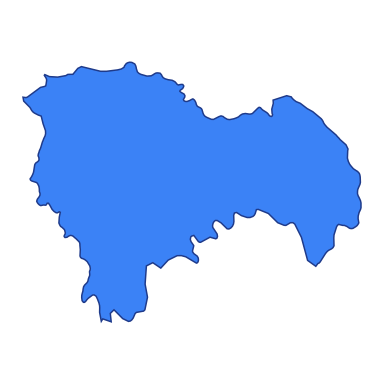 map outline of Guadalajara (Albers equal-area conic projection)
{"feature_id": "ESP-5822", "entity_name": "Guadalajara", "entity_type": "Autonomous Community", "adm_level": 1, "iso_a3": "ESP", "parent_name": "Spain", "parent_adm1": "", "projection": "albers", "projection_center": [-2.665, 40.739], "detail": "fine", "context": "isolated", "style": "filled", "palette": "blue", "viewbox_px": 384, "rotation_deg": 0, "n_neighbors": 0, "source": "natural_earth", "source_scale": "10m", "svg_char_len": 4790}
<svg xmlns="http://www.w3.org/2000/svg" viewBox="0 0 384 384"><path d="M285.9,225.4L284.1,225.3L277.7,222.7L268.4,213.5L258.3,209.4L256.4,209.6L255.2,213.6L254.3,215.2L253.0,216.4L250.1,217.5L247.1,217.5L241.4,215.6L236.6,212.5L234.4,213.0L233.7,215.4L233.9,221.4L233.5,224.0L232.4,226.3L230.8,228.0L228.9,229.0L227.1,228.8L221.0,222.8L217.2,220.5L215.3,220.5L214.1,221.5L213.1,223.2L212.6,225.3L212.7,227.3L217.1,234.0L217.5,236.4L216.9,238.2L215.8,238.8L210.0,237.2L200.6,242.3L199.5,242.2L198.4,241.6L193.8,235.4L191.5,236.2L190.8,236.9L190.3,239.3L191.0,241.6L193.7,245.5L193.6,246.5L192.6,250.4L192.6,251.9L193.9,253.7L197.2,256.1L198.2,257.9L198.4,259.1L198.4,260.6L198.0,261.9L197.3,262.8L196.4,263.1L185.8,256.8L181.3,255.6L177.1,255.7L168.2,260.1L160.8,268.1L152.8,262.7L146.4,265.9L145.1,284.1L147.5,297.2L144.9,309.8L143.6,311.1L136.4,312.4L135.1,313.6L133.2,318.0L131.9,319.8L130.4,321.0L128.5,321.4L122.7,318.6L114.0,309.8L110.3,313.4L111.2,321.8L102.8,318.9L101.3,321.3L99.6,312.3L99.7,307.8L99.6,305.7L99.0,303.1L97.5,299.1L96.1,296.2L94.1,294.9L92.5,295.1L88.1,298.4L86.9,299.7L85.9,301.1L84.6,302.3L83.4,302.3L82.1,300.7L81.7,297.5L81.8,295.2L82.3,293.1L82.9,291.1L83.1,289.1L83.6,286.7L84.6,285.1L87.0,282.7L87.8,281.4L88.1,280.2L88.3,279.1L89.0,277.1L89.5,276.1L89.7,275.1L89.7,274.0L89.5,271.9L89.6,271.1L90.1,270.2L90.3,268.4L89.8,265.9L87.2,261.6L85.2,259.9L83.3,258.8L81.8,258.4L80.6,257.5L80.0,256.0L80.3,249.7L79.9,245.2L79.9,244.4L79.8,243.4L79.3,242.0L75.8,238.5L74.5,237.5L73.3,236.3L71.9,235.6L70.4,235.4L69.3,235.8L68.2,236.4L67.1,237.2L66.2,237.4L65.0,237.5L64.4,236.9L64.1,236.2L64.4,235.2L64.8,234.6L65.1,233.9L65.3,232.9L64.9,231.1L64.4,229.6L62.1,227.4L60.6,226.4L59.7,224.9L58.9,223.0L59.3,217.0L60.3,212.3L59.2,211.8L58.3,212.4L57.1,212.9L55.8,212.6L54.0,211.4L52.1,209.4L49.8,205.1L48.4,203.2L47.2,203.2L46.6,204.4L45.8,205.2L43.4,205.0L40.8,205.6L39.5,205.0L38.3,203.9L37.3,202.6L36.7,201.2L37.3,199.3L39.4,196.4L40.0,195.0L40.0,193.3L39.4,191.7L39.3,188.7L38.9,186.4L37.8,184.0L36.7,182.6L31.8,181.0L30.6,180.2L30.2,179.4L30.2,178.6L30.8,177.9L31.4,177.0L32.5,174.9L33.4,172.7L33.7,171.3L34.7,164.9L35.2,163.8L35.8,163.0L36.6,162.4L37.3,162.0L38.3,161.1L39.0,160.0L38.9,157.7L38.1,155.8L38.3,154.0L38.9,152.5L39.5,150.4L40.3,148.8L40.9,147.1L42.4,142.0L43.1,140.4L43.7,138.7L45.1,135.8L45.6,133.7L45.5,130.7L43.1,123.8L41.2,116.1L39.6,115.5L38.4,115.1L34.5,113.1L33.2,112.2L31.7,110.5L30.0,107.5L23.7,101.1L23.0,97.2L26.0,97.6L27.4,97.1L40.5,87.4L44.3,86.5L45.7,85.9L46.1,84.1L46.6,80.6L46.5,79.1L45.8,77.6L44.9,76.3L44.3,75.3L44.8,74.6L49.4,76.6L57.7,77.1L65.9,75.6L67.8,74.4L72.9,74.3L77.8,68.4L81.4,66.6L100.6,71.3L106.4,71.3L117.6,69.9L121.3,69.0L124.0,67.3L124.5,65.9L125.4,64.7L126.3,63.5L127.8,62.7L129.7,62.2L131.8,62.4L134.7,63.9L135.6,65.5L136.1,67.1L136.4,68.8L137.4,71.9L138.7,73.2L140.7,74.3L147.0,76.1L151.2,75.8L153.0,74.8L154.6,73.7L156.1,73.0L157.8,72.9L160.1,73.2L161.4,74.7L162.2,76.3L163.2,77.7L165.1,78.8L168.1,79.7L172.2,80.3L174.9,81.7L176.2,83.1L177.2,84.4L178.4,85.0L179.9,84.6L181.5,84.4L182.8,84.5L183.8,86.0L183.4,87.2L182.6,88.6L180.1,90.4L179.8,91.3L181.1,92.4L184.0,94.0L184.9,95.6L184.8,97.0L183.4,99.5L183.8,100.6L185.2,101.4L187.0,101.5L189.7,100.5L191.4,99.5L192.9,98.9L194.4,100.0L195.3,101.4L196.0,103.0L196.3,104.4L196.9,105.5L197.3,106.2L198.2,106.8L200.3,107.8L201.4,108.6L202.1,109.9L203.0,113.1L203.7,114.7L204.9,116.2L206.7,117.3L211.3,119.3L213.5,119.4L219.0,116.6L221.0,115.9L223.1,116.5L224.4,117.6L227.3,119.3L229.6,119.6L233.8,118.8L236.3,117.9L238.5,116.9L240.4,115.2L242.4,114.0L245.4,113.5L249.2,114.1L250.8,114.0L252.4,113.5L257.8,108.2L259.1,107.3L260.5,107.7L261.5,108.9L262.7,110.0L266.8,112.6L268.0,113.7L268.9,115.0L269.9,116.0L271.2,116.5L272.2,115.9L272.6,114.7L272.1,113.3L271.8,109.1L273.3,103.4L273.1,100.1L286.7,95.7L291.3,96.9L292.3,98.4L294.0,100.0L296.1,101.6L300.3,103.3L307.2,108.6L312.8,111.7L321.2,118.7L322.3,120.1L323.1,121.5L323.7,123.0L324.7,124.5L327.1,127.3L336.2,135.1L337.3,136.5L339.0,138.2L340.1,139.6L346.0,144.8L348.0,149.0L347.7,150.9L347.4,158.1L348.3,161.4L349.7,164.3L351.0,166.0L353.3,168.7L357.8,171.7L359.3,173.4L359.9,175.1L360.2,177.1L360.4,182.4L359.9,184.5L358.4,187.9L357.7,189.7L357.5,191.7L357.5,193.9L358.2,195.9L359.2,197.8L360.5,200.7L361.0,203.0L361.0,207.7L360.5,209.5L359.1,212.5L358.2,216.0L358.1,218.6L358.8,222.9L358.1,224.2L357.1,225.6L355.7,226.7L352.9,228.4L351.4,228.6L349.9,228.4L348.5,227.6L347.2,226.6L344.4,225.4L342.8,225.4L338.6,224.4L337.5,225.3L336.6,226.7L334.0,234.9L333.8,237.9L334.0,245.8L333.0,247.6L331.6,248.8L328.5,250.4L327.0,251.7L325.5,253.5L320.1,262.0L318.9,263.2L317.9,263.5L315.8,266.3L307.6,260.4L301.4,237.3L294.8,224.1L293.0,222.7L290.5,222.7L285.9,225.4Z" fill="#3b82f6" stroke="#1e3a8a" stroke-width="1.5"/></svg>